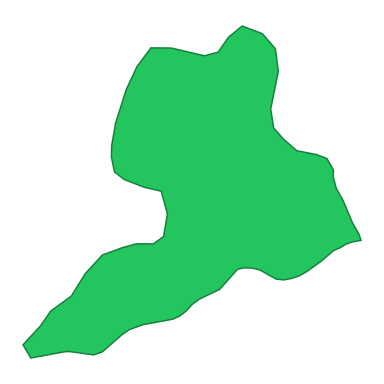 outline of Pakchon, P'yŏngan-bukto, North Korea
{"feature_id": "82179303B99885007667227", "entity_name": "Pakchon", "entity_type": "district", "adm_level": 2, "iso_a3": "PRK", "parent_name": "North Korea", "parent_adm1": "P'yŏngan-bukto", "projection": "equal_earth", "projection_center": [125.607, 39.693], "detail": "fine", "context": "isolated", "style": "filled", "palette": "green", "viewbox_px": 384, "rotation_deg": 0, "n_neighbors": 0, "source": "geoboundaries", "source_scale": "gbopen_adm2", "svg_char_len": 1032}
<svg xmlns="http://www.w3.org/2000/svg" viewBox="0 0 384 384"><path d="M361.0,240.4L359.0,234.2L352.5,222.8L346.1,207.7L342.9,200.1L336.4,188.7L333.3,177.4L333.4,169.9L326.9,158.5L316.9,154.7L296.8,150.7L283.6,139.3L273.7,128.0L270.7,109.1L274.5,90.3L278.3,71.5L275.4,48.8L262.3,33.7L242.2,26.0L228.5,37.2L218.1,52.2L211.1,54.0L204.6,55.8L187.8,51.9L171.1,48.0L150.9,47.9L137.0,66.6L126.4,89.2L115.6,123.0L111.7,145.6L111.4,156.9L114.5,172.0L124.4,179.6L144.4,187.3L161.2,191.2L167.4,213.9L163.6,236.5L153.3,243.9L136.4,243.8L122.9,247.5L102.5,254.9L85.3,273.6L71.3,296.1L50.7,311.1L40.3,326.1L29.9,337.3L23.0,344.8L30.8,358.0L63.8,351.9L68.9,351.5L93.8,354.9L102.4,351.8L122.2,334.5L129.4,329.6L142.9,324.7L151.7,323.1L173.0,319.1L179.8,316.0L186.4,310.8L192.2,304.4L199.3,299.1L219.7,289.3L237.5,269.3L244.3,267.8L252.9,268.2L260.1,270.1L276.1,279.1L283.9,279.9L291.9,278.4L298.8,276.1L306.3,271.9L320.9,261.4L333.7,250.5L340.6,247.5L346.0,244.1L352.9,241.8L361.0,240.4Z" fill="#22c55e" stroke="#15803d" stroke-width="1.5"/></svg>